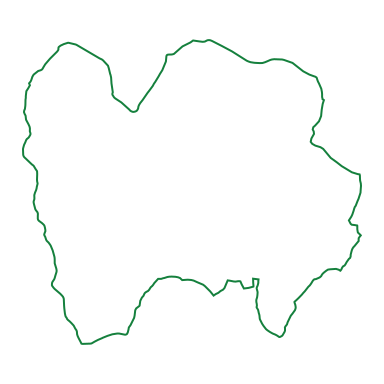 the district of Si Ma Cai, Lào Cai, Vietnam
{"feature_id": "81297802B8681355150837", "entity_name": "Si Ma Cai", "entity_type": "district", "adm_level": 2, "iso_a3": "VNM", "parent_name": "Vietnam", "parent_adm1": "Lào Cai", "projection": "albers", "projection_center": [104.253, 22.664], "detail": "fine", "context": "isolated", "style": "outline", "palette": "green", "viewbox_px": 384, "rotation_deg": 0, "n_neighbors": 0, "source": "geoboundaries", "source_scale": "gbopen_adm2", "svg_char_len": 5844}
<svg xmlns="http://www.w3.org/2000/svg" viewBox="0 0 384 384"><path d="M359.6,174.4L357.7,174.1L351.9,172.3L341.8,166.2L336.8,162.3L330.7,157.9L323.2,148.9L320.5,147.2L315.3,145.6L312.2,143.8L310.7,141.8L311.4,138.5L314.0,133.9L313.7,131.4L312.7,129.5L313.3,127.2L315.1,125.6L319.0,121.3L321.1,116.1L321.7,109.8L322.7,103.9L323.9,100.1L322.5,99.1L322.5,98.6L322.1,97.0L322.1,94.1L321.9,91.9L321.3,88.8L319.0,83.5L318.0,81.6L317.4,80.0L316.7,77.8L316.5,77.5L315.6,76.9L314.8,76.5L314.3,76.4L309.4,74.6L303.2,71.3L292.5,62.9L283.9,59.9L282.1,59.5L274.2,59.2L271.9,59.5L270.2,60.0L267.7,61.1L265.1,62.2L262.5,63.0L259.9,63.1L254.4,62.8L250.6,62.2L248.5,61.5L246.7,60.7L232.0,51.4L221.7,45.9L212.1,41.0L210.4,40.3L209.4,40.1L208.2,40.1L207.1,40.4L205.0,41.5L204.1,41.7L202.5,41.8L199.3,41.4L193.1,40.5L190.5,42.4L182.5,46.4L175.2,52.8L174.1,53.8L172.8,54.3L171.5,54.5L168.1,54.6L167.2,54.9L166.7,55.4L166.4,56.2L165.9,61.5L162.3,70.2L159.9,74.0L158.7,76.2L155.1,82.1L154.0,83.6L152.8,85.9L149.1,90.9L147.6,92.8L142.5,100.2L140.2,103.1L139.3,104.6L138.9,105.3L138.4,106.7L138.1,108.6L137.4,109.9L136.8,110.7L136.2,111.1L135.4,111.5L133.7,111.9L133.0,111.9L132.0,111.6L131.1,111.2L130.3,110.7L129.1,109.4L121.3,102.4L115.2,98.4L114.2,97.5L113.7,96.8L113.3,96.1L112.4,94.7L112.4,93.5L112.8,92.3L111.5,83.5L111.1,77.5L110.5,74.8L110.2,74.1L108.8,68.3L108.0,65.7L103.1,60.4L101.8,59.4L99.6,58.4L76.6,44.9L75.7,44.5L68.6,42.8L67.9,42.8L63.8,44.1L60.6,45.6L58.8,47.0L58.5,47.6L58.4,48.5L58.4,49.6L58.0,50.4L57.1,51.6L50.0,58.7L45.2,64.3L43.2,67.6L42.8,68.4L42.1,69.4L40.8,70.2L38.2,71.0L33.9,74.4L33.4,75.0L32.4,76.7L31.3,80.0L30.6,81.5L29.1,83.3L29.9,85.3L28.1,88.5L26.4,91.1L26.3,91.7L25.8,96.2L25.8,97.9L25.5,99.8L25.4,104.4L25.3,106.0L24.9,109.0L24.3,110.3L24.0,111.8L24.0,112.2L24.8,114.3L25.2,114.9L25.6,115.8L26.0,119.3L26.2,120.0L27.7,122.8L28.5,124.3L29.5,126.5L29.9,128.2L29.9,130.2L29.8,131.1L30.1,132.2L30.4,133.1L30.5,134.0L30.4,134.4L30.2,135.0L29.1,136.9L28.5,137.7L26.8,139.1L26.1,140.2L25.3,142.3L24.1,144.8L23.7,146.2L23.1,148.4L23.0,149.2L23.2,154.8L23.4,155.6L23.8,156.5L24.3,157.2L31.0,163.6L32.2,164.7L33.2,165.4L33.7,165.9L35.5,168.9L37.0,171.1L37.1,171.6L37.2,174.1L37.0,179.9L37.1,180.9L37.2,181.8L37.5,182.9L37.6,183.7L36.8,186.8L36.6,188.3L36.1,190.1L35.0,192.7L34.3,195.1L34.4,198.4L34.3,199.4L33.7,201.2L33.6,202.1L33.8,203.4L34.3,205.4L35.3,209.2L35.8,210.1L37.5,212.3L37.7,213.0L37.9,213.9L37.8,215.9L37.8,217.2L37.8,218.7L38.0,219.5L38.3,220.1L38.9,220.8L42.0,223.1L43.6,224.6L44.3,225.5L44.7,226.7L45.0,228.0L45.3,229.7L45.4,231.1L44.4,233.7L44.2,234.7L44.5,235.6L45.2,236.8L46.1,239.6L46.6,240.6L47.2,241.3L48.5,242.5L50.1,244.7L50.8,245.9L52.7,250.5L54.4,256.7L54.6,257.9L54.7,259.7L54.7,263.3L56.3,268.6L56.6,270.3L56.6,271.1L56.5,271.9L56.3,272.6L55.4,275.5L54.7,278.0L54.2,279.3L52.6,281.7L52.2,282.5L52.0,283.5L51.9,285.1L52.0,285.4L52.2,285.9L52.5,286.3L53.6,287.8L54.7,289.0L60.3,293.8L62.2,295.8L63.0,296.8L63.5,297.9L63.8,299.0L64.1,305.7L64.3,308.3L64.9,313.4L65.3,315.3L65.6,316.4L65.8,316.8L66.5,317.6L67.1,319.0L68.1,320.1L69.6,321.3L71.5,323.2L73.7,325.6L75.2,328.5L76.5,330.4L76.9,331.7L77.1,334.3L77.6,335.9L78.5,337.9L80.7,342.1L81.4,343.6L82.0,343.8L82.5,343.9L90.8,343.6L91.1,343.5L91.6,343.4L94.7,341.6L98.0,339.9L102.2,338.1L102.7,337.8L107.4,335.9L112.3,334.3L117.4,333.5L118.9,333.5L125.0,334.7L125.3,334.7L125.8,334.6L126.5,334.3L127.1,333.8L127.3,333.2L127.7,332.7L128.6,329.1L128.7,328.1L128.9,327.4L129.4,326.7L130.5,325.2L134.1,317.9L134.6,315.6L135.2,310.6L135.3,310.1L136.2,308.4L139.3,306.0L139.6,305.6L140.3,300.8L141.9,297.6L143.5,295.8L144.4,293.7L144.8,293.1L145.4,292.5L146.8,291.6L147.9,291.1L149.3,289.6L149.9,288.5L150.8,287.2L152.2,286.0L153.2,284.8L154.2,283.2L158.1,278.9L161.0,278.9L161.4,278.8L163.2,278.2L164.3,278.0L167.4,277.0L169.3,276.7L171.7,276.6L175.5,276.8L178.1,277.3L180.1,278.1L181.2,279.2L182.2,280.1L187.7,279.7L191.3,280.0L193.7,280.6L197.2,282.2L203.1,284.7L204.9,286.1L210.2,291.4L213.6,295.6L215.7,294.1L218.4,292.8L220.4,291.1L223.0,289.7L224.5,288.0L227.7,280.4L229.8,280.7L233.9,281.5L235.6,281.6L238.1,281.2L239.7,281.2L240.4,281.4L241.7,284.4L243.9,288.5L248.6,287.9L253.4,286.6L253.5,286.0L253.2,282.8L253.1,278.7L258.5,279.4L258.3,281.1L258.3,282.9L257.8,285.0L257.4,286.1L256.9,287.1L256.7,288.2L256.7,288.7L257.0,289.7L257.5,291.6L257.6,292.5L257.4,295.2L257.1,297.3L256.4,299.6L256.3,300.3L256.3,301.1L256.4,302.3L256.7,303.6L256.9,305.3L256.8,306.3L256.6,307.0L256.7,307.6L257.1,308.2L258.1,309.9L258.8,313.1L259.3,314.7L259.5,315.9L259.7,318.2L259.9,319.3L262.1,323.7L263.6,326.0L266.0,329.1L267.3,330.2L269.8,331.9L272.6,333.5L275.3,334.6L276.8,335.4L279.2,337.0L279.8,337.0L280.7,336.6L281.8,336.0L282.5,335.4L284.6,331.8L285.0,330.6L285.0,328.4L284.9,327.5L285.4,326.4L285.7,326.1L287.0,324.4L287.6,322.3L290.8,315.7L292.5,313.6L295.0,310.1L295.6,308.3L295.7,307.2L295.3,304.8L294.5,302.5L294.5,301.8L296.3,300.2L298.5,298.1L301.9,294.6L303.2,293.0L304.8,291.3L308.3,286.8L309.8,285.4L311.1,283.6L313.0,280.5L314.3,279.3L315.9,279.1L319.1,277.7L320.0,277.2L321.2,276.1L321.7,275.1L322.6,273.8L324.1,272.4L326.4,270.6L328.0,269.6L330.1,269.3L336.0,268.9L339.0,269.8L339.5,270.3L340.4,270.7L341.4,269.4L341.8,268.3L342.9,266.5L344.6,265.5L345.1,264.8L345.4,264.4L346.7,262.0L348.9,258.9L350.1,257.9L350.6,256.5L350.7,254.6L351.3,252.2L351.8,250.3L352.5,248.6L353.4,247.2L354.3,246.3L357.5,242.4L358.5,241.2L358.7,240.9L358.6,240.2L358.7,238.2L359.7,236.7L360.8,235.4L360.6,235.1L357.9,232.5L357.6,231.1L357.3,229.2L357.3,225.9L357.2,225.5L354.9,225.1L351.7,224.7L351.1,224.2L350.6,223.7L348.9,220.4L351.3,216.7L352.3,214.6L353.6,210.8L354.1,208.9L354.8,207.0L355.7,205.8L357.6,200.9L358.5,198.9L360.5,192.7L360.7,189.6L361.0,185.8L360.8,183.4L360.1,180.5L360.0,178.8L359.9,175.5L359.6,174.4Z" fill="none" stroke="#15803d" stroke-width="2"/></svg>